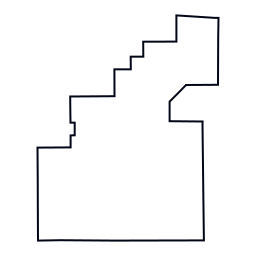 Serra do Mel, Rio Grande do Norte, Brazil
{"feature_id": "56859067B45182411512134", "entity_name": "Serra do Mel", "entity_type": "district", "adm_level": 2, "iso_a3": "BRA", "parent_name": "Brazil", "parent_adm1": "Rio Grande do Norte", "projection": "albers", "projection_center": [-37.03, -5.14], "detail": "fine", "context": "isolated", "style": "outline", "palette": "ink", "viewbox_px": 256, "rotation_deg": 0, "n_neighbors": 0, "source": "geoboundaries", "source_scale": "gbopen_adm2", "svg_char_len": 565}
<svg xmlns="http://www.w3.org/2000/svg" viewBox="0 0 256 256"><path d="M114.2,240.6L203.9,240.4L203.4,200.8L203.1,174.7L202.5,124.7L202.6,121.5L169.6,121.2L169.6,108.5L169.6,101.6L177.2,94.0L186.0,85.0L218.0,84.8L218.2,37.2L218.5,17.9L215.2,17.9L176.4,15.4L176.4,41.6L143.2,41.7L143.3,56.7L130.7,56.7L130.8,69.3L116.8,69.3L114.4,69.3L114.5,96.2L70.2,96.5L70.3,108.8L70.4,116.7L70.5,122.7L74.7,122.7L74.7,135.3L70.6,135.4L70.6,147.4L37.5,147.6L37.7,175.0L37.8,196.9L37.8,201.4L38.0,240.6L59.7,240.2L114.2,240.6Z" fill="none" stroke="#020617" stroke-width="2"/></svg>